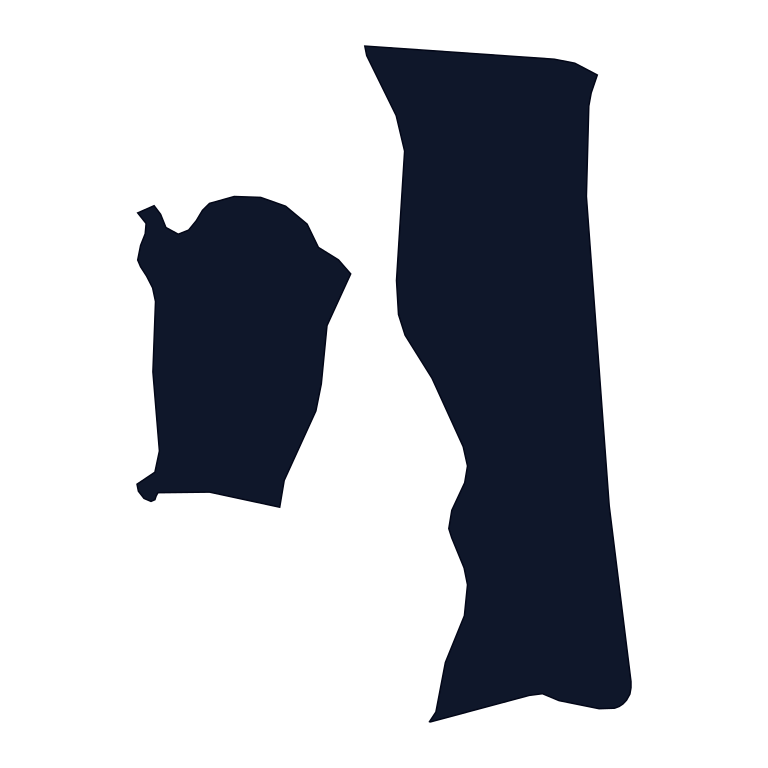 outline of Pulau Pinang
{"feature_id": "MYS-1139", "entity_name": "Pulau Pinang", "entity_type": "State", "adm_level": 1, "iso_a3": "MYS", "parent_name": "Malaysia", "parent_adm1": "", "projection": "natural_earth1", "projection_center": [100.346, 5.345], "detail": "fine", "context": "isolated", "style": "filled", "palette": "ink", "viewbox_px": 768, "rotation_deg": 0, "n_neighbors": 0, "source": "natural_earth", "source_scale": "10m", "svg_char_len": 1122}
<svg xmlns="http://www.w3.org/2000/svg" viewBox="0 0 768 768"><path d="M429.5,721.7L435.9,712.0L445.4,662.4L464.4,615.7L467.5,584.8L464.1,567.9L451.7,537.7L448.8,528.6L451.8,510.3L464.7,482.7L467.5,466.0L463.2,446.7L432.0,378.2L405.1,335.2L398.5,314.5L396.5,280.5L404.6,151.1L396.2,115.6L366.7,55.6L364.8,46.1L365.3,46.1L554.3,59.2L574.8,63.2L597.3,75.0L591.2,92.9L588.8,106.1L586.4,196.3L609.2,505.7L631.0,681.6L631.0,687.7L629.9,694.1L626.5,700.2L622.9,704.0L619.1,706.5L614.6,708.2L599.1,708.7L559.0,700.6L542.5,693.7L529.2,695.4L430.5,721.9L429.7,721.8L429.5,721.7ZM307.1,224.1L318.4,247.4L338.5,259.9L350.7,273.9L327.0,325.6L321.3,384.0L315.9,410.9L284.2,480.4L279.7,507.2L209.5,492.1L157.9,492.7L156.1,496.1L154.9,499.7L151.0,501.4L144.0,498.4L138.4,491.2L137.0,484.2L154.9,472.2L159.4,451.0L152.9,371.9L155.5,301.5L152.6,287.8L146.6,276.1L140.6,266.8L137.7,260.0L140.6,245.4L145.2,233.8L146.1,223.5L137.7,212.9L154.1,205.7L160.6,214.3L165.9,227.5L178.2,234.2L188.6,230.1L196.2,220.8L202.5,210.3L209.5,203.4L234.2,196.5L260.7,197.4L285.6,206.2L307.1,224.1Z" fill="#0f172a" stroke="#020617" stroke-width="1.5"/></svg>